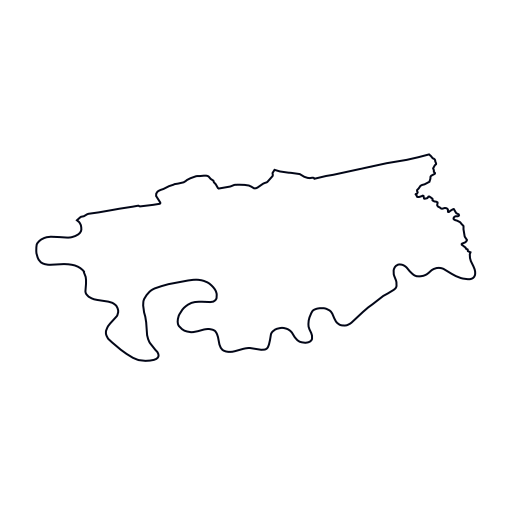 Khlong Khuean, Chachoengsao, Thailand, rotated 93°
{"feature_id": "78962969B67235524404605", "entity_name": "Khlong Khuean", "entity_type": "district", "adm_level": 2, "iso_a3": "THA", "parent_name": "Thailand", "parent_adm1": "Chachoengsao", "projection": "equal_earth", "projection_center": [101.153, 13.774], "detail": "fine", "context": "isolated", "style": "outline", "palette": "ink", "viewbox_px": 512, "rotation_deg": 93, "n_neighbors": 0, "source": "geoboundaries", "source_scale": "gbopen_adm2", "svg_char_len": 6014}
<svg xmlns="http://www.w3.org/2000/svg" viewBox="0 0 512 512"><g transform="rotate(93 256 256)"><path d="M241.1,42.0L240.1,44.6L239.7,44.8L238.6,44.9L238.3,45.1L237.9,46.4L237.6,46.8L236.7,47.1L234.0,51.1L233.7,51.2L233.2,51.2L232.8,50.8L231.8,48.5L231.2,47.5L229.6,46.3L228.9,46.2L226.0,48.4L225.3,48.7L218.4,50.2L215.7,50.3L215.0,50.5L213.5,52.2L211.6,53.9L210.2,57.0L209.7,59.1L209.2,60.1L208.7,60.6L208.3,60.7L207.3,60.5L206.4,59.8L205.9,58.8L205.8,56.7L205.6,56.2L205.2,55.6L204.6,55.4L203.8,55.8L202.9,58.0L202.3,58.6L198.8,60.9L198.8,61.3L199.6,62.7L200.8,64.4L201.9,65.6L202.0,66.2L201.8,66.6L201.5,66.6L199.6,66.8L198.9,67.3L198.5,68.0L198.2,68.9L198.2,70.1L199.0,72.3L199.0,73.2L198.8,73.8L197.9,75.0L197.2,76.7L196.4,77.4L195.9,77.7L195.0,77.7L193.5,77.4L192.9,77.6L192.3,79.0L192.2,80.7L191.4,82.4L191.1,82.7L190.0,82.6L189.6,82.8L188.8,83.9L187.6,85.9L187.5,86.3L187.7,86.9L188.8,87.6L189.3,88.1L190.0,90.6L189.8,91.2L187.2,91.9L187.1,92.2L187.0,92.7L187.6,93.7L188.5,96.1L188.6,97.6L188.3,98.4L187.4,98.7L186.0,99.8L185.8,99.7L185.3,98.5L184.5,98.1L183.9,97.9L182.6,98.6L181.6,98.5L180.2,97.2L177.3,95.4L176.4,93.9L175.6,91.4L172.8,86.7L169.7,85.9L167.8,85.9L167.2,85.6L166.6,85.1L164.6,81.8L164.2,81.6L163.8,81.6L162.6,82.8L161.0,82.9L159.2,83.7L156.1,82.2L154.9,81.0L154.1,81.0L152.2,81.9L151.1,82.1L150.3,82.5L149.6,83.4L149.1,84.7L147.1,86.5L145.5,88.5L148.9,99.2L152.1,110.5L156.5,130.4L170.9,183.2L172.4,190.1L175.8,201.7L175.2,202.1L174.9,202.8L174.9,204.0L175.4,206.3L175.3,208.5L174.4,211.9L171.9,216.6L171.1,225.6L171.1,227.9L170.3,236.6L169.0,242.0L172.2,243.8L172.7,243.8L173.8,243.5L174.9,243.5L175.4,243.7L181.4,248.5L181.9,249.2L182.7,251.3L183.5,252.8L187.6,258.1L188.3,259.5L188.5,260.6L188.5,261.5L187.0,264.3L186.0,266.8L185.6,271.1L185.7,276.7L186.0,280.6L186.2,281.5L187.6,284.5L188.0,285.5L190.6,296.8L190.1,297.6L186.4,300.0L184.6,301.9L183.0,302.5L181.4,305.3L179.2,307.4L178.8,308.1L178.4,309.5L178.5,312.2L179.1,316.1L179.3,319.1L179.5,320.1L181.8,325.6L183.7,328.9L184.9,330.2L186.2,332.1L187.8,337.7L188.5,341.1L189.1,342.1L190.8,346.5L193.9,351.9L195.0,354.7L195.9,356.4L196.7,357.5L197.3,358.0L199.0,358.9L201.3,358.9L207.6,354.4L208.5,354.4L208.9,354.9L210.3,361.4L212.5,374.1L212.5,374.8L211.9,376.1L212.2,377.5L213.2,381.7L216.0,395.2L217.3,400.7L220.7,415.5L222.6,425.4L223.1,426.7L225.3,430.0L226.0,432.8L226.7,433.7L229.7,436.7L231.4,434.4L232.6,433.5L234.4,432.5L236.6,432.0L238.8,431.8L240.4,432.1L242.2,433.1L243.7,434.6L245.5,437.5L246.7,440.6L247.1,442.0L247.4,443.9L247.5,445.9L247.4,453.2L247.5,461.9L248.2,466.0L249.1,468.4L250.6,471.1L251.2,471.9L252.7,473.5L254.8,475.1L256.1,475.6L258.8,475.8L262.5,475.7L264.8,475.4L268.9,474.0L271.0,472.9L273.6,470.5L274.6,468.5L275.2,466.4L275.6,463.3L275.6,461.5L274.1,447.3L274.1,443.0L274.4,439.5L274.9,436.5L276.0,433.3L277.3,430.8L279.0,428.5L280.6,426.9L281.3,427.0L285.8,425.0L288.7,424.5L292.7,424.3L300.2,424.5L301.6,424.2L302.8,423.6L303.9,422.6L305.4,421.0L306.9,417.9L307.7,415.5L308.2,412.2L309.3,401.1L310.2,397.3L310.9,395.8L312.3,393.7L313.3,392.7L315.4,391.5L317.5,390.8L319.4,390.7L322.5,391.4L323.3,391.8L331.0,398.1L333.7,400.0L335.2,400.7L338.4,401.8L339.5,401.9L341.3,401.8L342.1,401.6L343.4,401.1L345.8,399.7L346.5,399.2L349.9,395.1L356.7,386.1L360.5,380.2L364.1,373.6L365.7,369.1L366.1,367.6L366.5,360.9L366.0,356.5L365.1,352.6L364.0,350.2L362.7,348.8L361.9,348.4L360.9,348.1L359.9,348.2L358.6,348.6L357.0,349.5L355.0,351.6L348.4,357.4L347.3,358.1L344.6,359.4L340.8,360.6L328.0,362.2L322.4,363.4L318.2,364.8L311.3,366.1L307.8,366.1L306.7,366.0L304.7,365.4L300.7,363.2L297.3,360.5L295.9,359.0L294.9,357.6L293.7,355.5L291.0,348.7L288.7,341.9L284.0,322.5L283.1,317.6L282.8,314.6L282.8,312.3L283.1,309.2L283.6,306.8L284.9,303.1L286.0,301.1L287.8,298.8L289.5,297.0L291.5,295.3L293.3,294.2L295.5,293.4L296.8,293.2L300.1,293.2L300.8,293.4L301.9,294.0L302.9,295.0L303.8,296.3L304.4,299.2L304.5,307.3L304.7,310.9L305.2,314.7L306.2,318.0L308.1,321.3L309.7,323.3L311.5,325.2L313.4,326.7L318.2,329.4L319.6,330.0L323.0,330.7L325.7,330.8L327.9,330.4L328.9,330.0L330.0,329.3L332.9,326.1L334.3,323.6L335.0,320.9L335.5,316.9L335.3,314.8L334.1,310.0L332.1,304.0L331.7,302.1L331.4,300.1L331.4,298.5L331.8,295.9L332.1,294.8L332.8,293.3L333.4,292.6L335.2,291.3L336.4,290.7L339.0,289.7L346.3,287.9L349.5,286.4L351.5,284.6L352.2,283.3L352.9,281.1L353.2,278.5L353.1,276.9L352.9,274.8L352.2,272.2L349.4,263.9L348.8,261.7L348.3,258.9L348.2,257.2L349.4,245.9L349.1,243.0L348.8,241.8L348.2,240.8L347.6,240.1L346.6,239.4L345.2,238.9L343.6,238.4L339.0,237.6L333.7,237.0L332.7,236.8L331.4,236.1L330.5,235.4L328.5,233.1L327.6,231.3L326.8,228.5L326.4,226.6L326.4,225.3L326.5,224.2L327.0,221.8L327.5,220.3L328.4,218.7L329.0,217.8L330.5,216.2L334.9,213.2L336.3,211.9L337.9,210.3L338.9,208.7L339.4,207.6L339.8,205.6L340.1,202.2L339.7,200.2L339.3,198.9L338.4,197.3L337.1,196.2L335.9,195.7L332.6,195.9L330.1,196.8L326.4,198.8L323.8,199.8L321.2,200.1L317.7,200.0L314.6,199.4L310.1,197.8L308.5,197.0L307.7,196.5L306.9,195.6L306.2,194.3L305.6,192.9L305.2,191.6L304.8,189.6L304.6,185.6L304.7,184.5L305.1,182.9L306.5,179.7L307.6,178.3L309.6,176.8L314.1,174.6L317.3,172.7L318.7,171.3L320.2,169.0L320.6,167.8L320.8,166.4L320.8,163.7L320.5,162.0L320.1,161.0L318.8,158.7L317.6,157.2L306.1,146.1L301.4,141.2L298.1,137.1L289.2,126.8L286.5,122.4L282.6,116.7L281.4,115.4L280.5,114.7L279.5,114.3L278.6,114.1L274.8,114.4L273.1,114.9L268.5,117.0L267.0,117.5L263.3,117.8L261.9,117.6L259.9,116.8L258.5,115.7L257.2,113.7L256.9,112.3L257.0,110.2L257.3,108.9L257.7,107.9L258.6,106.3L259.6,105.0L263.2,101.7L265.4,99.2L266.6,97.6L267.3,96.2L267.8,94.5L267.8,91.9L267.6,90.4L267.0,87.8L266.1,85.8L265.4,84.6L263.9,82.8L261.0,79.9L259.7,77.9L258.6,75.1L258.3,73.1L258.3,71.6L258.5,70.0L259.0,68.2L263.6,59.6L265.6,55.4L267.3,50.3L267.7,48.2L268.1,43.0L268.0,41.3L267.4,39.4L266.5,38.0L265.3,37.0L263.5,36.3L261.8,36.2L259.9,36.4L257.8,37.0L255.0,38.3L249.8,41.2L246.8,42.2L243.1,42.6L241.1,42.0Z" fill="none" stroke="#020617" stroke-width="2"/></g></svg>